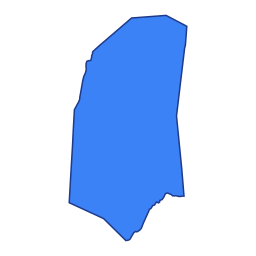 the district of Caraúbas, Rio Grande do Norte, Brazil
{"feature_id": "56859067B59174850425629", "entity_name": "Caraúbas", "entity_type": "district", "adm_level": 2, "iso_a3": "BRA", "parent_name": "Brazil", "parent_adm1": "Rio Grande do Norte", "projection": "equal_earth", "projection_center": [-37.578, -5.774], "detail": "fine", "context": "isolated", "style": "filled", "palette": "blue", "viewbox_px": 256, "rotation_deg": 0, "n_neighbors": 0, "source": "geoboundaries", "source_scale": "gbopen_adm2", "svg_char_len": 935}
<svg xmlns="http://www.w3.org/2000/svg" viewBox="0 0 256 256"><path d="M69.2,202.7L103.6,218.6L125.9,240.6L128.8,240.0L129.9,239.3L133.7,232.8L135.3,231.6L137.1,231.8L139.7,230.2L141.4,228.2L143.3,223.2L148.5,211.7L149.5,209.2L150.7,208.7L151.6,207.5L152.6,205.6L154.6,205.0L155.6,203.2L156.6,202.0L158.5,202.9L159.6,202.1L159.8,200.4L162.1,199.6L163.7,197.3L164.7,195.0L165.7,193.5L167.8,193.0L169.3,193.8L171.0,194.4L172.6,195.8L174.2,195.9L175.5,195.7L177.2,196.0L179.0,196.5L180.8,196.4L182.6,196.1L184.0,196.1L181.8,169.4L179.3,144.2L176.5,116.0L184.6,48.3L185.4,45.1L185.8,39.9L186.8,26.3L166.1,15.4L131.6,18.0L129.5,19.8L99.4,45.6L92.8,51.6L92.4,54.0L91.8,55.5L91.4,58.4L90.6,60.6L88.7,60.6L87.0,61.2L86.2,63.0L86.0,65.6L86.2,70.1L85.2,73.5L83.8,76.4L82.9,79.9L80.7,92.3L79.8,97.3L79.7,99.2L78.8,101.6L77.0,104.9L74.4,109.7L73.4,127.6L72.5,145.9L70.7,176.2L69.2,202.7Z" fill="#3b82f6" stroke="#1e3a8a" stroke-width="1.5"/></svg>